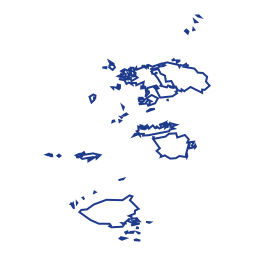 Raja Ampat, Papua Barat, Indonesia (Albers equal-area conic projection)
{"feature_id": "22746128B90221566890304", "entity_name": "Raja Ampat", "entity_type": "district", "adm_level": 2, "iso_a3": "IDN", "parent_name": "Indonesia", "parent_adm1": "Papua Barat", "projection": "albers", "projection_center": [130.461, -0.827], "detail": "fine", "context": "isolated", "style": "outline", "palette": "blue", "viewbox_px": 256, "rotation_deg": 0, "n_neighbors": 0, "source": "geoboundaries", "source_scale": "gbopen_adm2", "svg_char_len": 5891}
<svg xmlns="http://www.w3.org/2000/svg" viewBox="0 0 256 256"><path d="M151.3,71.5L154.2,69.8L150.3,69.1L157.9,68.0L156.4,69.5L158.5,69.3L160.6,73.6L165.0,75.7L165.9,81.7L171.3,81.0L174.2,86.5L175.8,86.5L177.7,90.0L181.3,91.4L181.6,89.3L184.3,91.2L190.5,87.0L202.1,92.8L202.1,89.6L204.7,89.9L209.6,85.7L206.0,81.6L207.1,76.8L202.8,73.0L197.8,72.6L194.5,68.6L184.9,67.0L186.5,66.3L186.1,63.9L182.7,65.7L180.5,65.0L179.5,67.0L178.5,64.9L167.2,62.4L161.3,63.9L164.9,65.3L163.5,66.1L158.7,66.6L160.2,64.0L152.3,66.7L148.8,65.1L148.3,66.4L146.8,64.5L147.7,67.5L145.1,66.2L145.5,67.7L141.9,65.4L143.3,67.1L136.9,69.6L136.3,67.6L134.3,70.9L133.6,67.8L130.8,67.7L131.9,71.1L130.1,72.5L129.4,68.1L128.6,70.7L124.8,69.3L123.7,73.1L125.7,73.9L125.6,76.0L129.7,77.2L128.0,73.2L130.4,74.6L130.9,72.9L132.0,75.6L134.9,74.8L133.8,72.0L135.5,72.7L135.4,75.0L131.5,76.5L135.6,76.1L137.5,77.6L131.4,81.2L130.7,78.1L128.5,79.5L118.9,79.1L124.5,80.2L126.5,83.9L128.8,82.5L132.2,84.5L131.6,83.1L136.0,82.9L136.3,85.2L143.7,81.9L143.0,85.9L145.3,86.9L146.4,93.8L145.3,96.8L149.1,92.8L148.7,91.3L146.6,91.8L147.8,87.9L156.3,85.5L158.5,88.3L155.9,89.4L160.2,97.6L172.5,96.3L177.0,93.2L175.7,91.6L177.7,90.7L175.7,87.0L173.4,87.9L171.1,87.5L169.9,87.1L169.8,86.0L168.1,85.5L166.9,87.4L160.4,85.7L161.5,84.5L157.6,78.0L154.5,74.2L151.3,73.4L152.6,73.4L151.3,71.5ZM129.6,195.4L122.5,200.2L106.4,199.8L93.8,204.5L87.0,209.4L81.4,209.9L79.4,212.1L90.6,220.1L98.9,223.7L109.6,223.8L110.8,225.4L109.4,226.2L111.5,227.3L122.5,226.7L123.9,224.8L122.0,223.2L125.6,223.4L125.2,222.3L129.6,218.5L128.0,220.9L133.6,223.6L131.3,225.5L139.8,223.5L135.4,223.1L132.8,220.8L136.1,221.4L137.8,218.7L135.7,220.9L136.8,218.5L131.3,218.4L131.4,216.8L129.1,215.9L134.8,213.6L135.0,210.6L138.6,208.8L129.9,200.2L132.4,196.4L129.6,195.4ZM179.2,156.1L186.0,156.9L186.0,154.4L189.1,142.9L187.2,142.6L188.8,139.5L184.9,135.0L177.3,137.5L176.1,133.3L169.0,133.8L165.4,136.6L153.1,139.0L159.8,148.3L156.6,150.9L161.2,155.2L160.7,156.9L164.8,155.4L170.2,158.6L175.9,158.2L179.2,156.1ZM168.6,125.0L166.2,122.5L167.8,127.8L166.9,126.3L165.4,127.6L165.9,125.6L159.4,128.5L156.0,125.9L157.2,127.6L155.3,128.3L152.8,125.4L148.9,128.6L147.6,125.5L147.4,127.8L144.7,129.3L141.0,128.6L142.4,125.8L140.5,125.3L140.3,127.6L138.3,126.6L138.6,130.4L136.8,131.2L139.1,133.3L135.1,133.8L133.3,136.1L138.5,134.1L139.9,135.6L139.7,133.9L143.7,133.9L143.0,135.6L148.7,135.2L169.1,131.2L169.9,129.5L174.2,128.6L170.9,127.0L176.5,124.8L170.5,123.3L170.9,126.5L169.7,123.3L168.6,125.0ZM151.7,95.0L143.8,100.1L142.6,97.8L139.9,97.8L141.1,99.1L138.7,99.1L139.2,101.3L142.9,101.6L138.9,104.3L145.6,103.6L148.0,99.6L151.2,101.3L149.5,101.9L149.7,104.6L147.6,104.4L148.2,105.7L155.1,103.3L157.9,98.3L151.7,95.0ZM93.0,153.4L83.2,154.9L80.7,157.6L82.2,158.9L93.9,156.9L88.3,159.7L88.4,161.2L96.5,156.2L96.6,158.5L100.3,155.1L93.0,153.4ZM93.3,94.5L89.5,96.8L91.5,102.5L94.2,100.1L94.0,97.7L95.2,98.2L95.5,95.5L93.3,94.5ZM189.0,148.4L192.9,147.6L193.4,145.6L192.8,146.3L191.9,145.6L193.9,141.7L189.8,142.2L189.0,148.4ZM113.0,63.4L109.0,60.9L110.5,64.3L109.2,67.2L112.6,69.9L114.9,67.4L113.9,65.1L110.8,64.7L113.0,63.4ZM81.9,153.6L78.9,154.0L75.9,155.4L78.6,157.3L81.9,153.6ZM188.4,31.5L186.4,29.7L185.0,31.0L187.7,33.5L188.4,31.5ZM154.9,108.8L150.4,109.1L146.3,111.8L154.9,108.8ZM120.0,85.2L117.8,84.6L117.4,86.5L119.9,87.6L120.0,85.2ZM121.0,237.2L119.7,238.5L122.0,239.7L125.8,238.3L121.0,237.2ZM74.1,208.7L73.0,203.5L71.9,205.5L74.1,208.7ZM146.2,125.8L143.0,127.6L145.2,128.2L146.2,125.8ZM176.8,62.5L179.4,61.1L179.4,60.5L176.5,60.4L176.8,62.5ZM118.5,180.1L123.3,179.2L123.7,178.7L118.5,180.1ZM141.3,86.3L141.2,88.5L143.6,88.1L143.2,86.6L141.3,86.3ZM133.6,231.7L130.5,232.0L129.2,232.8L133.1,232.8L133.6,231.7ZM59.0,156.9L60.4,155.8L59.0,154.6L57.5,155.7L59.0,156.9ZM195.1,22.3L196.9,22.1L194.4,20.0L195.1,22.3ZM165.3,122.5L162.9,123.6L163.8,126.1L165.3,124.4L164.1,124.2L165.3,122.5ZM119.8,89.7L116.5,87.4L115.7,87.5L119.8,89.7ZM127.2,114.3L126.2,113.5L123.4,115.3L124.5,115.6L127.2,114.3ZM200.4,17.1L198.7,15.4L196.9,15.5L197.9,16.4L200.4,17.1ZM172.6,86.3L170.3,87.2L173.9,87.4L172.6,86.3ZM50.4,154.4L49.0,153.7L46.4,154.7L48.2,155.3L50.4,154.4ZM173.7,59.2L171.8,60.5L174.2,60.1L173.7,59.2ZM136.4,239.4L134.0,240.1L140.3,240.6L136.4,239.4ZM50.4,154.4L50.4,156.1L52.2,156.2L52.0,154.7L50.9,154.3L50.4,154.4ZM160.6,125.9L162.1,123.4L161.0,124.9L159.6,123.9L160.6,125.9ZM121.2,76.2L122.8,74.8L121.2,74.0L121.2,76.2ZM150.3,222.3L146.1,221.9L149.4,222.8L150.3,222.3ZM120.2,76.9L119.9,75.4L118.1,76.2L120.2,76.9ZM124.4,76.7L121.5,76.8L124.9,77.4L124.4,76.7ZM126.0,233.4L127.5,231.9L127.4,231.4L125.3,232.3L126.0,233.4ZM195.2,144.9L194.6,146.8L194.9,147.8L195.9,146.5L195.2,144.9ZM82.4,153.3L84.4,153.1L83.9,152.2L82.4,153.3ZM112.4,122.1L114.4,121.3L114.1,120.5L112.7,120.8L112.4,122.1ZM186.8,157.4L187.3,156.2L187.0,154.4L186.2,155.7L186.8,157.4ZM123.3,108.6L123.9,107.1L122.3,105.7L123.3,108.6ZM156.3,87.7L154.5,87.8L155.4,88.6L156.3,87.7ZM193.2,30.1L194.3,29.8L193.4,28.6L193.2,30.1ZM120.9,120.7L119.3,120.2L119.6,121.8L120.9,120.7ZM113.4,87.2L111.9,87.2L113.3,88.7L113.4,87.2ZM128.1,79.1L128.5,77.7L126.7,78.9L128.1,79.1ZM139.2,221.1L137.8,219.7L138.1,221.0L139.2,221.1ZM153.3,137.8L154.7,137.3L153.2,137.2L153.3,137.8ZM94.2,192.8L95.5,192.2L94.5,191.6L94.2,192.8ZM106.3,68.2L106.4,67.1L102.4,67.5L106.3,68.2ZM70.7,204.1L72.2,204.3L71.2,203.4L70.7,204.1ZM157.4,73.1L155.8,72.7L155.3,73.5L157.4,73.1ZM140.3,233.2L137.5,232.4L138.5,233.4L140.3,233.2ZM138.7,228.2L137.2,227.4L136.9,228.2L138.7,228.2ZM84.2,199.5L83.1,197.5L82.7,197.7L84.2,199.5ZM77.6,156.8L76.2,157.2L77.5,157.3L77.6,156.8ZM120.9,117.1L121.6,117.8L122.0,117.3L120.9,117.1ZM122.2,71.8L122.5,70.3L121.2,71.1L122.2,71.8ZM76.9,203.6L77.4,202.9L76.8,202.2L76.9,203.6ZM166.6,100.1L167.8,100.2L167.7,99.7L166.6,100.1ZM187.7,65.8L188.5,64.9L187.5,65.4L187.7,65.8Z" fill="none" stroke="#1e3a8a" stroke-width="2"/></svg>